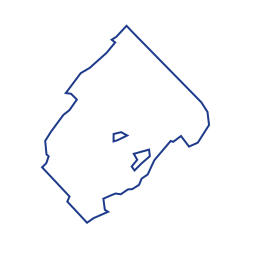 Rockbridge, Virginia, United States of America (Natural Earth projection), rotated 10°
{"feature_id": "52423323B40914332178112", "entity_name": "Rockbridge", "entity_type": "district", "adm_level": 2, "iso_a3": "USA", "parent_name": "United States of America", "parent_adm1": "Virginia", "projection": "natural_earth1", "projection_center": [-79.449, 37.809], "detail": "fine", "context": "isolated", "style": "outline", "palette": "blue", "viewbox_px": 256, "rotation_deg": 10, "n_neighbors": 0, "source": "geoboundaries", "source_scale": "gbopen_adm2", "svg_char_len": 835}
<svg xmlns="http://www.w3.org/2000/svg" viewBox="0 0 256 256"><g transform="rotate(10 128 128)"><path d="M60.7,104.4L66.0,104.2L72.7,108.9L67.2,120.6L62.1,126.3L52.9,144.8L48.7,155.1L52.3,168.1L54.8,169.7L53.6,177.0L50.2,181.6L82.3,205.6L81.0,211.0L104.1,228.4L109.8,222.7L122.9,214.0L119.4,212.6L116.0,201.9L122.1,197.8L127.1,194.7L132.4,194.5L138.6,188.5L142.9,187.4L148.8,182.0L150.2,175.5L155.5,170.3L159.5,155.2L172.3,133.3L174.9,133.8L181.6,126.7L191.3,135.7L199.3,130.3L207.3,111.0L203.5,98.4L195.8,90.0L117.6,34.1L108.8,27.6L100.7,40.2L96.6,43.9L100.5,46.0L93.9,57.6L79.9,75.4L71.9,82.2L60.7,104.4ZM138.2,152.4L152.5,145.6L154.4,152.0L147.5,160.5L141.8,168.7L138.3,165.3L142.6,157.7L138.2,152.4ZM114.9,136.4L122.0,133.3L128.5,135.5L119.4,142.1L116.1,143.7L114.9,136.4Z" fill="none" stroke="#1e3a8a" stroke-width="2"/></g></svg>